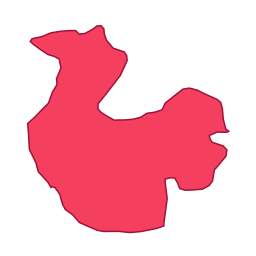 SVG path tracing the border of Vasilevo, rotated 85°
{"feature_id": "MKD-2995", "entity_name": "Vasilevo", "entity_type": "Statistical Region", "adm_level": 1, "iso_a3": "MKD", "parent_name": "North Macedonia", "parent_adm1": "", "projection": "natural_earth1", "projection_center": [22.608, 41.545], "detail": "fine", "context": "isolated", "style": "filled", "palette": "rose", "viewbox_px": 256, "rotation_deg": 85, "n_neighbors": 0, "source": "natural_earth", "source_scale": "10m", "svg_char_len": 1379}
<svg xmlns="http://www.w3.org/2000/svg" viewBox="0 0 256 256"><g transform="rotate(85 128 128)"><path d="M72.6,194.9L62.3,189.5L53.4,190.6L50.4,194.9L47.8,201.3L42.7,207.8L36.7,214.7L33.3,217.9L32.0,216.9L30.7,215.8L29.4,205.6L26.5,196.5L25.8,187.3L25.8,178.8L26.3,171.8L27.3,170.9L30.1,168.6L30.1,162.7L28.0,157.9L25.8,153.0L23.7,150.3L23.7,146.0L27.1,143.4L32.2,143.4L38.6,141.8L47.2,135.8L51.9,125.1L55.7,123.0L60.8,123.0L74.9,131.0L84.3,139.6L92.4,147.1L101.3,155.7L106.4,156.2L109.9,153.6L113.8,148.7L118.9,141.2L119.7,130.5L119.7,121.9L118.4,114.4L115.0,108.0L114.6,99.9L112.8,92.4L106.4,88.7L99.2,77.9L94.1,69.9L93.6,63.4L96.2,55.9L100.5,48.9L107.4,36.6L110.7,33.4L116.7,32.3L127.8,32.3L137.6,30.7L140.0,27.9L140.9,30.0L139.8,39.4L142.5,47.5L145.2,47.5L149.5,45.5L154.2,34.7L158.5,31.4L164.7,32.9L177.5,45.7L188.1,48.4L192.4,52.2L195.4,59.1L195.4,67.7L195.0,76.3L192.9,81.7L187.3,83.3L181.7,86.0L181.3,90.3L182.2,95.6L188.1,95.6L201.8,95.1L225.2,100.4L228.7,100.9L230.6,108.5L232.3,124.1L232.3,135.3L230.2,146.0L228.9,161.6L227.2,167.5L223.8,173.9L217.9,184.7L209.7,190.6L203.8,197.5L198.7,199.7L193.6,200.8L188.0,201.8L180.8,206.1L179.8,209.4L180.5,209.9L174.9,212.6L163.9,221.1L154.9,222.7L148.9,224.9L140.9,228.1L124.2,227.6L114.8,227.6L109.2,220.1L100.3,209.9L96.4,205.1L85.7,200.2L78.5,194.9L72.6,194.9Z" fill="#f43f5e" stroke="#9f1239" stroke-width="1.5"/></g></svg>